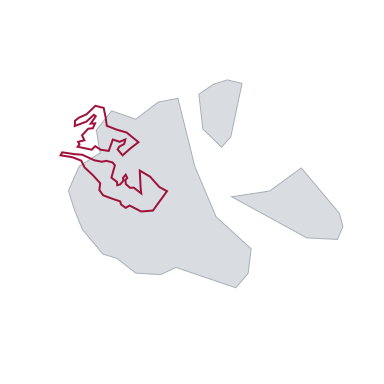 Tai Po highlighted on a map of Hong Kong S.A.R., rotated 230°
{"feature_id": "HKG-5169", "entity_name": "Tai Po", "entity_type": "state/province", "adm_level": 1, "iso_a3": "HKG", "parent_name": "Hong Kong S.A.R.", "parent_adm1": "", "projection": "natural_earth1", "projection_center": [114.263, 22.454], "detail": "fine", "context": "in_parent", "style": "outline", "palette": "rose", "viewbox_px": 384, "rotation_deg": 230, "n_neighbors": 0, "source": "natural_earth", "source_scale": "10m", "svg_char_len": 1671}
<svg xmlns="http://www.w3.org/2000/svg" viewBox="0 0 384 384"><g transform="rotate(230 192 192)"><path d="M148.9,114.9L150.3,113.4L166.1,96.7L189.4,91.9L201.6,83.9L233.7,83.9L253.3,90.3L271.9,97.9L273.6,100.4L284.2,122.2L281.0,146.7L300.9,158.5L305.8,182.6L283.9,195.7L282.6,224.0L272.8,241.4L209.6,210.5L157.4,194.5L110.5,200.8L93.5,182.6L90.5,163.9L144.6,131.2L148.9,114.9ZM140.2,291.2L81.0,291.2L68.4,285.3L62.2,272.9L83.1,250.4L162.9,219.3L142.9,252.0L140.2,291.2ZM255.2,291.1L243.0,300.1L209.4,257.3L207.3,243.4L233.3,240.8L262.5,260.1L260.8,277.7L255.2,291.1Z" fill="#d9dde1" stroke="#a8b0b8" stroke-width="1"/><path d="M304.6,114.9L305.8,118.1L296.5,126.3L291.2,131.8L285.4,134.6L278.9,137.7L273.2,142.3L270.9,146.4L265.8,150.1L262.0,150.1L254.8,139.5L247.9,141.0L245.2,139.1L244.0,141.9L244.8,146.8L247.1,148.2L247.9,152.3L244.4,151.4L244.0,148.7L240.6,146.4L234.9,147.3L232.9,150.1L223.5,152.2L227.9,155.1L233.3,159.2L239.6,163.9L242.0,165.8L230.5,169.8L225.1,169.9L216.7,170.2L208.7,173.4L202.9,150.1L209.8,140.5L221.7,135.5L222.5,131.0L228.2,129.6L230.9,131.0L239.3,125.9L246.6,121.8L253.1,122.3L257.7,127.3L268.4,126.9L279.9,125.5L287.2,127.3L295.6,122.7L304.6,114.9ZM264.7,162.4L272.4,162.4L273.5,165.4L272.4,171.0L275.1,174.7L277.0,168.8L283.1,165.1L277.0,154.6L283.1,149.2L289.3,147.3L288.9,142.3L300.2,133.5L300.8,136.4L303.6,137.0L300.8,142.8L306.1,144.2L307.2,153.2L304.6,157.0L306.9,161.9L309.5,158.3L311.9,167.0L314.2,166.5L313.8,156.4L317.9,144.6L321.8,148.2L321.6,153.3L319.3,161.1L320.1,173.4L313.2,178.4L304.8,173.9L297.5,169.3L288.3,174.3L279.5,180.2L264.6,183.0L265.0,172.9L264.7,162.4Z" fill="none" stroke="#9f1239" stroke-width="2"/></g></svg>